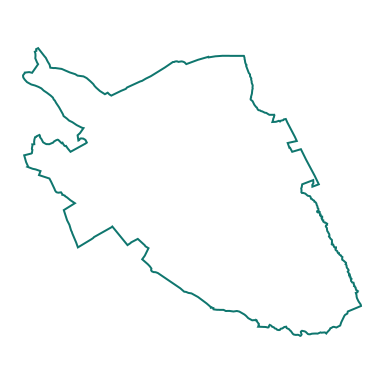 outline of Durnesti, Botosani, Romania
{"feature_id": "2599482B19127823613231", "entity_name": "Durnesti", "entity_type": "district", "adm_level": 2, "iso_a3": "ROU", "parent_name": "Romania", "parent_adm1": "Botosani", "projection": "robinson", "projection_center": [27.119, 47.758], "detail": "fine", "context": "isolated", "style": "outline", "palette": "teal", "viewbox_px": 384, "rotation_deg": 0, "n_neighbors": 0, "source": "geoboundaries", "source_scale": "gbopen_adm2", "svg_char_len": 5867}
<svg xmlns="http://www.w3.org/2000/svg" viewBox="0 0 384 384"><path d="M336.4,327.5L340.2,325.5L341.2,322.4L344.4,315.8L345.2,314.8L347.3,313.6L347.8,311.5L361.0,306.0L360.9,305.2L360.5,304.2L358.6,301.5L357.0,298.2L356.6,296.7L356.5,295.0L355.8,292.9L357.4,292.3L357.4,291.5L357.8,291.1L356.2,290.0L356.2,289.4L355.9,289.2L355.6,288.3L355.6,287.5L354.9,286.9L354.6,286.1L354.1,286.0L354.3,285.4L353.8,284.5L353.9,284.0L353.5,283.3L353.5,282.7L352.1,282.4L351.7,281.7L351.1,281.0L350.9,279.6L351.4,279.3L351.5,278.8L350.4,277.9L350.6,277.4L350.5,277.0L349.7,276.6L350.0,275.4L349.6,274.1L349.3,273.8L349.0,274.1L349.0,273.5L347.7,271.7L347.9,271.3L348.3,271.1L348.6,270.3L348.3,269.5L346.9,267.7L346.6,266.8L346.6,265.7L346.2,264.7L345.6,264.3L346.1,263.1L346.0,262.8L343.3,260.4L342.4,259.9L342.1,259.1L342.4,257.0L341.2,256.2L341.0,255.5L339.6,254.7L339.2,254.3L339.0,253.1L338.1,253.1L337.6,252.4L337.5,251.6L337.1,251.0L336.1,250.4L335.5,249.7L335.5,249.3L336.0,248.1L336.0,247.5L335.0,247.7L334.7,247.4L334.6,247.0L334.0,246.8L333.3,244.8L332.2,244.7L331.7,244.1L332.3,243.2L331.9,242.6L332.0,241.1L331.8,239.8L330.3,238.5L329.8,237.3L329.0,236.7L328.9,236.4L329.4,235.6L329.3,234.4L328.9,233.5L328.3,232.8L328.2,232.2L327.4,231.3L327.0,229.6L326.9,228.1L325.8,226.5L326.0,225.5L327.1,224.8L326.9,224.1L327.1,223.7L325.2,222.5L324.7,222.6L323.2,221.5L323.3,220.3L322.3,219.9L321.6,218.3L321.6,218.0L322.2,217.7L322.0,217.2L322.1,216.7L321.5,216.6L321.4,216.2L320.7,216.1L320.0,215.2L320.0,214.9L320.6,214.6L320.6,214.4L320.1,214.1L319.4,212.9L319.8,212.1L319.7,212.0L318.7,211.9L317.9,212.4L317.3,212.1L317.1,211.3L317.3,211.1L318.5,211.4L318.8,211.1L318.4,210.1L318.3,208.6L317.6,207.9L317.4,206.2L316.8,205.2L316.3,203.3L315.4,202.1L314.4,201.7L314.2,200.7L312.6,199.8L311.7,198.8L311.0,198.7L310.6,197.1L310.0,196.2L307.7,195.7L305.3,193.6L303.1,192.9L302.0,193.0L301.4,192.3L301.5,190.1L301.2,188.4L301.7,187.3L302.2,184.3L313.2,180.1L313.4,183.1L312.3,184.9L312.4,186.7L318.8,184.3L314.8,176.0L306.1,159.7L300.9,149.2L292.2,151.8L290.0,147.7L289.4,147.8L287.7,143.0L296.8,141.0L294.9,136.9L287.3,122.4L285.8,119.0L283.8,119.4L283.3,120.1L280.6,120.8L280.0,121.5L278.9,120.8L276.0,121.8L272.4,122.0L273.0,120.2L273.3,118.6L274.0,117.0L274.3,115.1L274.9,114.5L274.1,114.8L269.5,114.8L268.6,114.4L266.3,112.9L264.8,112.7L262.3,111.4L261.0,111.1L260.2,110.5L258.4,110.1L257.6,109.2L256.9,107.6L256.0,106.9L254.3,104.7L252.6,101.2L250.7,99.6L250.6,99.1L250.8,98.1L251.1,97.7L251.0,96.9L251.9,93.7L252.3,89.8L252.7,88.6L252.5,87.9L252.7,85.3L251.7,82.8L251.7,81.6L251.1,79.2L251.3,78.4L250.1,76.4L250.0,74.4L248.8,73.0L248.5,72.2L246.2,66.1L246.5,65.1L246.0,64.8L245.7,63.6L245.3,62.9L244.8,59.7L244.6,59.4L244.5,57.8L243.9,55.9L222.5,55.8L215.4,56.3L208.6,57.4L208.4,56.8L198.0,59.8L186.3,64.1L184.5,62.3L182.8,61.6L181.3,61.4L178.5,61.9L176.9,61.3L175.1,61.5L174.1,62.0L172.9,62.0L164.7,67.6L150.8,76.2L145.9,78.6L142.0,80.9L140.3,81.4L127.0,87.5L125.8,88.9L121.2,90.8L111.3,95.6L109.5,94.5L107.7,92.7L104.9,94.2L99.9,91.0L96.2,87.7L94.5,85.9L93.3,84.1L90.4,81.3L86.7,78.1L83.5,76.4L77.5,75.6L75.3,74.2L69.7,72.4L61.6,68.9L55.1,68.0L53.8,68.1L50.3,67.7L49.6,64.7L47.7,61.6L45.8,57.8L44.5,56.3L38.1,48.1L36.1,49.2L36.4,50.8L34.8,51.8L35.4,53.5L35.5,55.9L35.3,58.3L37.1,62.6L38.1,64.2L32.1,72.8L29.2,72.1L24.8,72.6L24.8,73.1L23.3,74.9L23.0,75.7L23.3,77.5L24.7,79.6L27.0,82.1L31.3,84.5L35.0,85.5L38.5,86.9L41.4,88.4L43.7,90.6L47.0,92.8L50.7,95.6L52.9,97.6L53.8,99.6L54.8,100.5L56.1,102.9L59.0,107.2L62.9,114.2L63.6,116.1L66.7,118.4L69.1,120.6L72.4,122.2L76.7,125.1L81.9,127.7L83.5,128.1L80.0,133.1L77.6,135.3L78.4,140.5L79.2,140.1L80.1,138.7L80.9,138.4L83.3,138.6L85.4,139.9L86.3,141.5L86.8,142.6L85.4,143.6L70.5,151.8L67.7,148.4L66.0,145.9L65.4,146.1L64.5,145.8L63.1,143.9L62.5,142.7L61.6,143.2L58.3,139.9L57.6,139.7L56.2,140.2L54.0,141.5L53.1,142.6L49.3,144.2L46.4,144.1L45.6,143.8L43.1,142.3L41.4,139.0L40.1,137.4L40.1,136.6L39.7,135.5L39.8,135.0L40.2,134.6L36.5,136.3L36.2,136.9L35.1,137.2L34.4,139.5L34.1,141.8L34.3,144.2L32.3,144.4L32.5,144.9L31.9,148.5L32.0,149.4L32.4,149.8L31.9,153.1L31.4,153.5L24.2,155.3L26.1,162.1L28.0,166.3L27.4,166.8L32.7,168.8L35.6,169.4L40.5,171.1L39.0,175.1L49.4,178.5L51.1,181.7L54.5,188.9L55.1,190.5L56.0,191.8L56.9,192.4L58.5,192.7L61.0,192.3L62.4,194.3L62.3,194.8L63.3,195.0L64.9,195.7L65.1,196.2L67.0,197.4L70.5,200.3L74.9,203.2L63.8,210.1L67.1,220.3L69.4,224.8L71.1,230.5L71.8,231.8L72.3,233.4L76.2,242.6L77.9,247.4L91.3,239.3L93.2,238.0L94.0,237.1L111.4,227.3L112.3,226.5L127.5,245.1L130.5,243.1L131.1,242.4L137.8,238.9L144.8,245.3L145.4,246.3L148.5,248.2L144.8,255.7L142.2,259.3L147.8,264.2L149.8,266.3L151.4,268.5L151.1,270.1L151.8,271.3L153.6,272.1L155.6,272.2L157.8,273.0L180.3,288.3L184.2,291.7L186.0,291.9L188.4,292.9L191.5,293.4L198.0,297.0L206.7,303.5L210.5,306.8L211.0,307.0L210.4,307.7L209.9,307.9L211.8,307.6L212.9,308.2L213.4,308.1L213.5,309.3L213.9,309.4L217.0,309.8L223.6,309.9L225.8,311.0L229.2,310.9L233.5,311.5L236.9,311.0L238.6,311.4L239.4,311.6L244.4,314.5L246.0,315.8L248.3,318.2L252.2,320.3L254.5,320.1L255.3,320.2L256.1,320.6L256.2,320.0L256.4,320.1L256.8,320.5L256.8,321.1L257.2,321.8L258.9,324.0L258.5,325.0L258.9,325.4L258.2,326.7L265.7,327.0L267.9,327.5L268.6,327.3L269.1,325.8L269.7,324.9L271.3,325.7L272.1,326.7L273.8,327.3L274.8,328.4L276.2,328.8L277.2,329.8L279.0,330.1L279.9,329.9L280.6,328.8L282.4,328.4L284.3,327.0L286.2,326.7L286.7,328.1L289.0,329.2L290.0,330.4L290.9,331.1L292.8,333.8L293.7,334.5L295.5,334.9L298.0,334.8L298.8,335.0L300.2,335.9L300.9,335.6L301.6,334.5L300.8,332.0L300.9,331.6L302.0,330.8L304.8,331.4L305.7,331.9L307.9,334.0L308.4,334.2L310.0,334.3L311.9,333.7L315.4,333.5L317.7,333.6L320.5,332.4L321.3,332.7L324.9,332.4L326.3,333.5L326.9,332.6L329.7,329.6L330.4,328.2L331.5,327.9L332.5,327.1L333.8,326.8L336.4,327.5Z" fill="none" stroke="#0f766e" stroke-width="2"/></svg>